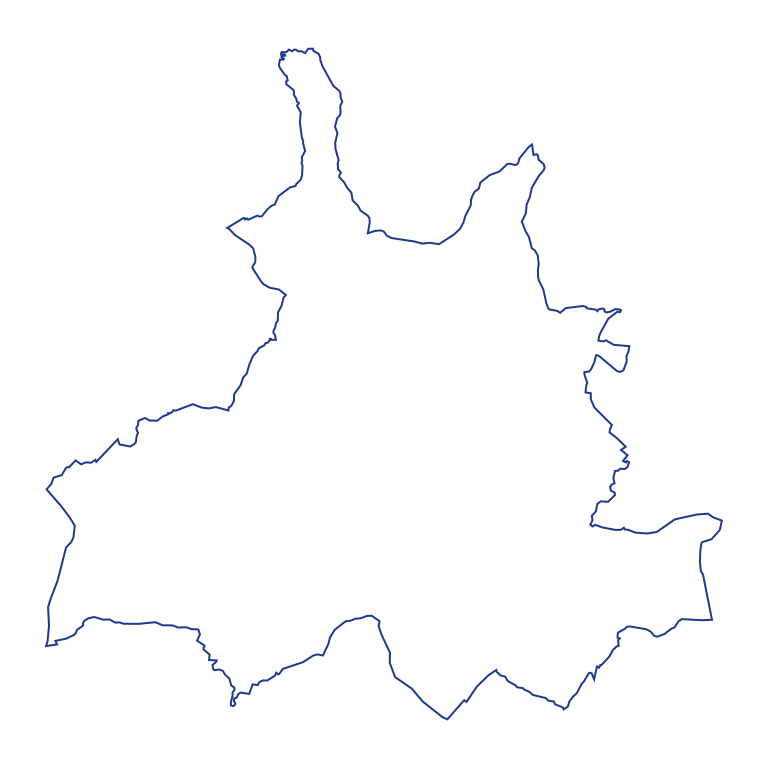 Calugareni, Prahova, Romania
{"feature_id": "2599482B25191657373311", "entity_name": "Calugareni", "entity_type": "district", "adm_level": 2, "iso_a3": "ROU", "parent_name": "Romania", "parent_adm1": "Prahova", "projection": "albers", "projection_center": [26.374, 45.087], "detail": "fine", "context": "isolated", "style": "outline", "palette": "blue", "viewbox_px": 768, "rotation_deg": 0, "n_neighbors": 0, "source": "geoboundaries", "source_scale": "gbopen_adm2", "svg_char_len": 6039}
<svg xmlns="http://www.w3.org/2000/svg" viewBox="0 0 768 768"><path d="M46.1,646.1L57.1,644.4L55.4,640.9L66.0,638.7L73.9,635.0L75.7,633.2L76.9,630.0L83.0,625.6L83.1,622.8L84.5,620.6L88.3,618.3L94.2,617.0L103.0,619.6L109.6,619.5L115.2,622.6L119.6,622.4L123.2,623.7L138.1,623.9L155.1,622.2L162.9,625.3L172.6,625.4L177.9,627.5L186.4,627.3L191.6,629.2L197.5,629.3L198.5,629.9L199.9,634.5L197.1,640.7L204.3,645.4L204.6,646.3L203.3,648.3L203.6,649.5L209.6,654.5L209.1,660.0L216.6,660.4L216.0,662.0L212.5,665.1L213.2,669.1L214.4,670.2L219.3,669.5L222.9,670.9L224.9,674.5L229.3,678.5L231.2,685.3L234.3,687.6L234.6,689.6L232.6,692.5L232.5,696.2L230.9,702.0L230.9,705.3L233.3,706.1L235.1,704.6L235.3,703.4L233.9,701.0L234.2,698.6L236.9,697.4L238.0,694.4L240.3,692.6L249.2,693.9L252.6,684.4L257.8,685.1L258.9,682.6L260.2,681.6L263.1,680.4L267.3,680.5L275.0,675.6L276.2,672.7L278.0,674.3L279.1,674.1L282.9,668.9L302.9,662.2L313.0,655.7L317.4,654.4L322.9,655.5L328.4,643.9L330.0,637.5L334.6,629.9L345.6,621.3L350.8,620.7L355.2,618.7L360.1,618.4L367.1,615.9L371.9,615.8L379.5,621.2L378.6,626.2L381.4,634.4L390.0,652.8L389.7,662.6L395.1,677.1L411.9,688.7L422.7,701.5L442.4,717.1L447.4,719.3L464.2,700.2L466.6,701.9L476.6,686.9L488.6,675.1L496.3,670.0L496.8,671.9L500.3,675.2L505.2,676.7L507.7,681.0L515.7,685.4L517.0,687.3L522.9,688.1L524.1,689.5L529.3,691.8L532.9,694.9L545.9,698.1L548.2,700.6L553.9,701.5L554.9,704.2L562.8,707.4L563.7,709.4L567.9,706.5L569.2,701.8L572.8,696.9L576.9,693.0L581.8,683.6L583.7,681.8L588.8,673.2L590.1,672.7L591.8,673.5L594.1,679.4L597.0,666.5L599.0,667.7L600.3,665.0L601.2,665.3L609.4,656.5L613.1,649.7L616.6,646.5L618.6,645.9L618.1,640.1L619.8,638.4L617.6,637.7L617.7,633.7L618.4,632.4L624.9,628.8L626.7,626.9L629.5,626.4L646.1,629.2L650.5,631.5L654.1,635.7L657.2,636.7L664.7,633.9L671.2,628.8L674.7,627.2L678.3,621.5L681.8,619.1L701.2,620.2L712.0,619.8L703.0,574.5L700.8,571.0L699.9,561.6L700.4,549.8L701.5,543.1L702.3,542.1L711.5,539.2L719.8,529.9L721.9,520.6L713.4,517.5L708.0,513.7L697.0,514.5L675.0,519.3L656.7,532.0L647.0,533.5L635.9,532.7L627.7,529.7L624.6,529.5L623.9,527.7L620.7,529.9L615.4,529.9L602.7,527.5L595.1,524.8L592.6,526.4L590.3,524.7L592.5,520.2L591.8,515.8L595.8,511.5L597.4,503.8L600.9,501.3L608.0,501.8L614.9,495.2L614.6,492.5L611.0,490.7L610.0,487.1L611.8,484.5L614.5,483.3L613.4,477.9L615.0,471.0L618.0,470.7L620.1,468.8L624.9,469.0L627.4,467.1L629.1,462.2L626.7,461.0L625.9,462.4L623.0,461.0L627.5,455.2L621.0,450.0L625.7,446.7L616.4,437.7L609.6,432.5L609.9,429.3L611.9,425.0L594.4,407.5L590.8,399.3L590.8,393.3L585.5,392.4L586.4,384.7L587.3,383.1L584.4,374.3L584.4,372.1L588.9,371.6L591.1,369.1L594.2,362.7L596.0,355.4L596.9,355.1L599.2,356.1L616.9,371.0L619.8,372.0L623.4,370.4L626.7,361.5L626.5,356.0L628.3,351.9L629.4,346.2L613.7,344.8L605.9,340.3L603.4,341.4L598.4,340.7L599.1,336.1L600.5,332.7L608.2,318.8L617.2,311.8L619.9,312.2L621.0,310.3L619.8,309.5L615.4,309.1L609.7,311.9L606.2,312.4L604.5,311.4L604.4,309.5L603.2,308.5L598.6,309.3L597.5,311.2L595.6,309.6L587.0,308.4L586.4,307.0L582.7,306.0L565.8,308.1L560.1,312.8L557.4,310.9L549.3,309.4L548.3,308.5L546.4,303.3L543.3,289.4L538.9,280.5L538.1,277.1L537.9,270.4L538.7,263.9L537.7,255.3L534.8,250.4L531.8,248.2L528.9,236.9L525.7,231.5L521.8,221.6L525.9,213.3L526.6,204.7L529.8,197.2L531.8,187.9L538.5,176.3L543.6,170.3L544.6,167.8L543.8,164.3L538.8,159.9L537.6,154.9L536.5,154.3L533.5,154.9L532.0,144.5L528.8,146.9L519.4,158.4L518.5,162.2L517.2,164.3L515.3,165.0L509.6,163.7L507.3,164.0L499.5,171.5L489.7,175.1L480.4,182.5L478.9,188.5L474.7,191.7L472.6,195.4L471.0,199.8L470.8,205.2L465.2,216.3L463.6,222.1L460.1,228.7L453.8,234.7L438.9,244.2L430.1,242.8L422.3,243.6L414.5,241.5L391.8,238.1L386.9,235.7L383.7,231.4L380.5,230.4L374.7,231.0L367.8,233.3L369.8,222.1L369.4,218.0L367.6,215.5L360.6,210.7L357.9,205.6L352.7,200.5L351.4,192.8L346.9,187.4L344.1,182.3L339.2,177.0L339.3,175.4L340.9,172.6L338.1,169.0L337.7,163.7L338.6,160.1L335.5,148.9L335.2,143.1L337.4,133.0L335.0,126.6L337.2,118.2L339.9,115.3L340.5,113.4L340.3,105.7L342.3,101.6L340.6,97.5L340.4,93.1L339.2,90.8L333.4,86.0L322.5,66.3L320.4,60.4L320.1,57.2L318.6,53.8L313.4,50.9L312.9,48.7L308.1,48.8L305.1,53.1L301.4,51.2L298.2,51.4L296.0,49.7L294.2,49.7L292.1,51.2L289.0,49.6L286.2,52.2L281.6,52.1L281.0,54.0L284.9,54.7L285.2,55.6L281.4,56.1L281.6,57.2L283.9,58.7L283.4,59.6L280.0,59.5L278.9,64.8L279.6,67.4L284.7,74.7L286.7,76.1L287.7,80.6L286.1,81.4L286.3,84.2L293.6,90.1L294.2,92.7L293.8,94.7L296.3,98.8L296.8,101.5L298.9,103.0L297.1,105.4L297.3,106.3L300.7,112.1L299.9,122.8L302.0,138.3L303.3,140.9L303.0,143.0L305.1,151.0L301.8,157.3L302.2,160.8L301.5,162.9L302.5,165.5L302.4,169.2L302.0,175.4L300.6,179.9L296.2,184.1L295.6,185.9L289.7,187.6L278.4,196.2L274.8,204.6L271.6,205.7L267.7,209.0L262.0,216.1L259.7,216.7L257.4,215.6L248.2,219.7L247.1,218.5L245.1,219.5L244.7,218.2L243.7,217.9L227.2,227.9L229.1,228.8L235.0,235.1L249.1,244.5L253.2,248.4L255.3,256.5L255.4,259.8L255.2,262.3L252.5,266.7L252.5,268.0L261.2,281.6L263.6,284.3L269.6,287.7L278.9,289.5L285.9,295.0L283.6,297.5L281.6,305.6L278.0,312.5L277.8,320.7L275.9,323.4L275.1,327.8L273.7,330.2L273.4,332.8L275.1,335.2L275.8,339.9L271.1,339.8L270.9,338.9L269.8,338.8L269.7,340.4L267.6,342.7L265.5,343.2L264.2,345.4L259.0,348.1L257.5,351.1L253.3,355.5L249.4,364.3L246.8,373.4L243.2,377.5L240.6,385.1L234.2,394.2L233.9,400.9L231.3,405.9L228.7,407.7L228.4,410.5L216.1,407.1L208.5,408.4L201.7,407.6L192.8,404.2L175.7,410.7L173.2,410.2L172.6,411.6L170.2,413.2L168.2,413.1L168.4,414.2L162.8,416.4L157.2,420.7L149.6,420.5L145.2,418.0L141.4,419.4L138.4,420.9L138.0,425.1L136.3,427.7L136.7,430.2L138.0,432.7L136.6,436.3L135.9,442.1L134.2,444.2L130.1,446.5L120.2,444.6L119.3,444.1L117.8,439.2L96.3,461.9L95.5,459.8L91.1,462.7L85.7,462.4L81.1,464.3L75.6,460.4L69.0,467.3L67.3,467.1L65.7,468.3L61.8,475.1L53.6,477.6L51.3,483.9L46.6,489.4L60.8,505.7L69.4,517.0L74.8,525.7L73.4,537.5L71.1,542.3L66.1,547.4L57.6,580.6L50.8,598.3L48.1,607.1L49.0,625.8L47.6,641.1L46.1,646.1Z" fill="none" stroke="#1e3a8a" stroke-width="2"/></svg>